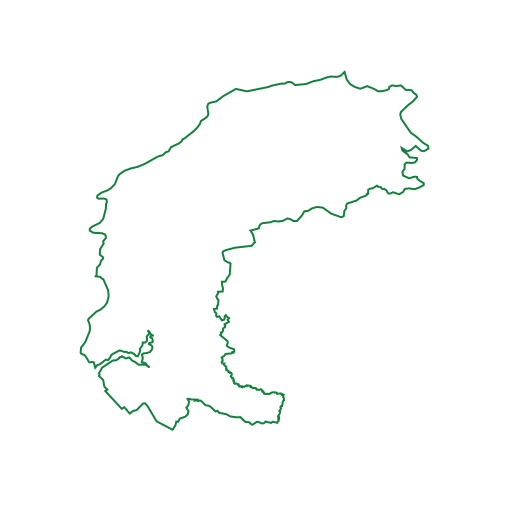 outline of Temeke, Dar-Es-Salaam, United Republic of Tanzania, rotated 257°
{"feature_id": "72390352B94835751472469", "entity_name": "Temeke", "entity_type": "district", "adm_level": 2, "iso_a3": "TZA", "parent_name": "United Republic of Tanzania", "parent_adm1": "Dar-Es-Salaam", "projection": "robinson", "projection_center": [39.284, -6.996], "detail": "fine", "context": "isolated", "style": "outline", "palette": "green", "viewbox_px": 512, "rotation_deg": 257, "n_neighbors": 0, "source": "geoboundaries", "source_scale": "gbopen_adm2", "svg_char_len": 6092}
<svg xmlns="http://www.w3.org/2000/svg" viewBox="0 0 512 512"><g transform="rotate(257 256 256)"><path d="M174.5,75.9L169.7,79.2L162.8,78.9L159.3,81.1L158.3,78.8L137.3,90.8L138.3,93.7L130.9,97.5L132.9,102.0L132.5,103.4L132.8,105.2L137.7,112.8L137.3,114.9L133.9,116.6L117.2,122.0L105.5,135.6L109.0,139.3L112.6,141.1L112.0,142.8L114.7,145.3L115.3,150.8L117.0,153.8L119.8,155.4L123.9,154.0L125.7,156.4L128.9,158.0L132.0,157.2L132.0,158.6L130.9,160.2L129.3,166.1L128.7,165.0L128.5,166.9L127.6,167.0L127.9,168.9L126.2,170.6L122.1,173.1L120.4,176.7L119.4,177.7L113.5,181.8L113.8,183.7L111.4,184.9L108.7,191.3L105.4,195.0L103.1,201.0L102.5,204.6L97.5,207.7L96.7,208.5L95.6,211.9L92.8,213.8L92.4,214.6L94.2,219.4L93.8,220.9L91.4,224.3L91.3,226.3L92.6,228.0L90.0,233.1L90.7,235.1L88.7,239.2L89.7,239.7L90.1,240.9L91.9,241.0L91.8,241.7L92.8,242.2L93.5,242.2L93.4,241.5L95.0,241.3L95.4,242.2L98.2,244.3L99.1,244.5L99.8,243.9L101.7,246.1L103.5,245.8L104.4,247.4L104.1,247.8L108.3,249.4L109.1,250.8L111.9,251.1L112.4,250.7L114.7,251.8L115.3,250.9L114.4,250.8L114.5,250.1L116.5,249.2L116.9,245.7L117.4,245.9L118.6,244.8L118.6,243.5L119.3,243.0L119.4,239.7L118.9,239.4L118.5,237.1L119.1,236.5L119.5,233.9L120.1,233.6L120.1,232.9L121.4,232.9L121.9,232.2L122.3,232.6L123.0,232.2L123.0,231.6L124.5,231.4L125.1,230.8L124.8,228.8L125.6,227.5L125.6,226.5L127.5,226.0L127.9,223.4L128.4,223.3L128.9,222.0L129.6,222.0L129.6,221.3L130.7,221.4L131.9,218.2L131.5,217.9L132.1,217.6L131.1,215.1L131.7,214.0L131.4,213.4L132.2,213.0L132.4,212.3L131.9,212.2L132.9,211.1L132.6,210.4L134.7,210.2L134.7,209.3L135.4,209.3L136.1,208.4L136.2,206.7L137.2,206.1L137.6,206.5L139.2,205.8L139.5,206.5L141.7,206.3L141.8,205.9L142.6,205.9L142.6,205.0L144.5,204.4L145.9,205.8L147.3,205.7L148.0,205.3L148.1,204.3L148.7,204.3L149.1,203.2L149.9,203.5L151.8,201.4L152.3,202.1L153.1,201.6L154.8,202.2L156.5,200.6L157.5,200.4L158.3,201.0L158.8,199.0L160.1,198.7L160.8,198.9L161.2,199.9L162.8,200.2L164.9,199.7L165.7,202.4L167.4,204.3L166.6,210.4L167.1,211.1L167.0,211.7L167.6,211.4L167.7,213.3L170.2,213.5L172.5,209.6L175.0,207.4L178.2,209.1L179.7,209.0L187.0,203.3L188.1,204.7L189.3,204.6L189.3,205.8L190.4,206.9L192.8,207.6L193.6,209.7L195.3,210.4L195.7,209.9L196.6,210.0L197.9,214.8L200.3,214.0L201.5,215.8L203.3,214.1L205.2,213.3L204.2,211.8L202.7,211.7L201.0,210.4L201.0,208.3L205.6,206.5L205.3,204.5L206.6,203.7L209.0,204.5L210.8,203.2L213.8,203.1L213.5,206.1L216.4,207.1L217.1,208.1L221.8,209.5L223.2,208.6L225.6,208.2L228.5,210.9L229.7,210.9L228.9,215.5L232.0,216.6L235.4,216.4L238.6,217.0L237.9,220.5L240.7,222.7L243.8,226.2L254.3,229.5L255.2,229.0L256.0,227.3L258.9,224.3L266.9,224.1L268.0,225.3L268.5,227.9L268.8,237.4L266.9,254.3L269.0,256.7L269.5,258.0L277.6,257.9L282.0,256.3L282.3,265.1L284.5,266.0L286.1,267.9L286.5,269.7L285.6,277.9L286.1,281.5L284.6,285.5L284.2,289.9L285.5,295.1L284.3,297.6L281.6,300.4L280.9,303.8L285.3,310.1L288.7,313.2L288.2,316.7L289.8,321.3L290.1,326.4L288.1,332.0L280.3,338.8L274.5,347.9L275.2,350.5L279.7,352.1L282.5,354.9L284.8,355.1L286.6,356.6L287.4,366.4L289.4,370.6L289.9,376.2L291.4,379.0L291.8,378.5L292.5,379.6L295.3,380.2L295.9,382.3L295.7,384.6L297.3,389.8L296.2,390.3L295.1,393.0L293.6,393.5L292.7,394.5L292.7,395.9L290.5,398.0L288.3,398.4L287.0,399.2L286.7,401.3L287.3,403.8L283.9,409.4L285.3,413.7L287.9,416.2L287.4,420.6L285.4,425.5L286.1,431.0L287.4,435.4L289.3,435.8L292.4,432.4L295.1,430.5L296.8,430.7L297.6,428.6L297.3,422.6L301.3,417.4L305.0,417.6L307.5,420.4L311.8,421.4L313.2,423.5L311.5,428.9L311.5,432.2L313.5,434.5L315.3,434.7L317.5,427.9L321.0,426.5L325.8,422.4L328.6,422.3L323.9,426.8L324.4,430.8L327.3,436.4L321.6,440.4L320.3,443.2L321.8,448.1L324.6,448.5L328.4,444.6L336.3,439.0L341.2,434.6L356.6,428.5L361.2,428.3L363.7,429.6L368.8,438.1L371.2,443.5L374.8,448.6L376.9,448.6L379.4,446.3L382.3,445.1L383.4,442.8L384.0,439.5L389.6,435.6L390.0,430.9L391.6,427.1L390.8,423.9L388.9,423.2L388.2,421.0L388.3,415.9L388.9,412.2L392.0,408.9L396.5,402.6L395.5,395.3L398.3,390.6L402.1,386.5L407.5,384.1L415.4,383.7L412.5,378.8L412.3,375.5L414.1,368.7L414.1,365.2L413.2,358.1L413.4,351.2L412.3,343.4L413.8,332.6L417.2,329.8L418.1,327.7L418.3,325.4L417.5,323.1L418.3,318.9L418.4,309.3L417.9,305.8L418.5,284.2L423.3,274.0L419.1,259.9L415.6,252.2L415.6,245.7L415.1,243.8L412.5,242.1L405.4,241.6L403.6,240.7L402.0,238.6L400.0,232.8L397.1,230.9L394.3,227.6L391.5,223.1L386.4,212.2L386.3,210.7L384.6,209.5L383.1,206.5L381.2,197.8L377.7,194.4L377.3,191.3L375.3,187.8L375.0,182.7L370.7,168.1L369.5,160.6L369.5,154.3L368.7,147.3L366.5,141.7L365.0,139.6L357.7,134.6L354.5,129.5L353.4,126.0L352.5,119.7L350.7,115.2L348.7,114.3L347.3,115.4L346.2,120.8L344.8,123.0L342.3,123.0L340.5,121.6L336.0,120.4L326.9,115.7L325.4,114.0L323.4,111.2L321.4,102.8L320.3,100.7L319.1,99.8L318.0,99.8L315.2,102.8L312.8,111.2L311.1,113.6L309.4,114.2L307.2,113.7L304.9,110.5L302.3,110.3L297.7,105.6L292.5,104.1L289.1,106.7L287.4,106.0L286.4,104.1L282.8,102.1L280.3,98.3L273.5,96.4L272.3,95.3L270.7,99.5L268.3,101.1L267.8,102.0L255.9,104.2L250.0,103.4L244.2,100.5L241.1,97.0L238.8,92.6L237.7,88.0L232.6,79.0L231.3,77.9L227.0,78.5L223.8,78.2L220.4,77.2L210.3,70.1L206.2,65.0L201.4,63.4L199.7,64.0L198.5,66.2L196.8,67.4L190.4,69.4L189.7,70.1L189.6,73.0L189.0,74.0L183.3,74.2L185.5,77.0L185.5,79.1L188.8,86.4L187.8,88.4L190.1,91.4L191.8,92.3L192.7,94.1L194.7,102.0L192.1,106.2L191.8,108.2L190.0,109.8L190.3,112.4L187.7,115.5L185.6,116.4L184.9,118.2L189.0,121.6L191.6,122.0L194.6,125.3L197.2,126.2L196.6,128.4L198.0,130.9L202.1,131.4L204.7,134.8L208.0,133.7L205.8,135.2L203.6,135.7L201.2,138.3L201.9,136.8L201.7,135.3L200.5,134.7L199.1,136.4L196.1,136.3L195.3,135.4L195.1,132.0L194.2,131.8L192.4,134.1L191.2,134.6L189.5,134.3L187.7,133.0L186.3,131.1L186.0,127.6L186.4,124.4L185.7,122.7L182.1,122.8L178.2,120.8L176.6,124.1L172.7,126.0L171.8,127.5L172.1,126.4L175.0,124.0L176.4,117.3L179.9,114.3L181.8,111.9L185.7,109.7L185.5,106.0L188.5,102.8L187.8,101.6L188.1,101.0L187.8,99.9L187.1,99.5L185.8,96.1L186.4,93.8L186.1,92.2L181.8,80.9L177.0,76.6L175.5,76.9L174.5,75.9Z" fill="none" stroke="#15803d" stroke-width="2"/></g></svg>